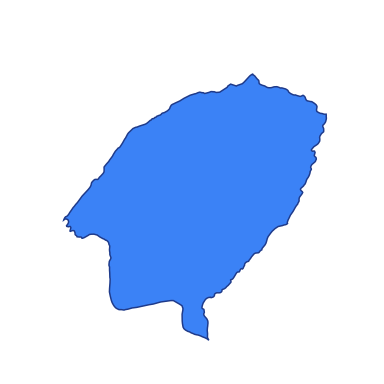 the district of Valle De San Jose, Santander, Colombia, rotated 29°
{"feature_id": "7082276B63653740618542", "entity_name": "Valle De San Jose", "entity_type": "district", "adm_level": 2, "iso_a3": "COL", "parent_name": "Colombia", "parent_adm1": "Santander", "projection": "equal_earth", "projection_center": [-73.106, 6.434], "detail": "fine", "context": "isolated", "style": "filled", "palette": "blue", "viewbox_px": 384, "rotation_deg": 29, "n_neighbors": 0, "source": "geoboundaries", "source_scale": "gbopen_adm2", "svg_char_len": 6021}
<svg xmlns="http://www.w3.org/2000/svg" viewBox="0 0 384 384"><g transform="rotate(29 192 192)"><path d="M271.6,58.9L270.4,59.6L269.5,60.0L268.1,60.2L267.2,60.5L266.4,60.9L264.6,61.1L263.2,61.1L262.1,61.0L261.1,59.9L260.0,56.8L259.1,56.0L258.1,55.5L256.0,55.1L252.9,54.9L251.9,55.4L248.5,56.4L247.2,56.1L246.1,55.3L245.3,54.5L244.5,54.0L243.6,53.7L242.7,53.6L242.2,53.6L241.0,55.3L240.2,56.0L237.2,56.7L235.3,57.0L234.8,57.4L233.5,57.9L230.6,58.1L228.3,57.8L226.8,56.8L226.2,56.6L225.1,56.5L223.9,56.5L220.1,57.4L219.1,58.1L216.2,58.5L215.1,58.8L214.1,59.4L212.7,60.3L211.3,61.8L210.5,62.5L208.8,63.5L207.4,64.0L206.3,64.1L204.5,64.0L203.7,64.1L202.1,64.5L199.7,64.8L198.3,64.6L197.9,64.2L196.5,62.3L195.8,61.9L195.0,61.8L193.3,61.2L190.7,60.1L188.6,59.8L188.2,59.6L188.2,60.0L187.5,60.0L186.6,61.6L186.2,62.8L184.3,70.6L183.5,72.9L180.0,76.8L179.4,77.8L173.5,78.9L172.0,81.9L172.0,83.4L167.8,91.3L164.9,93.2L162.5,93.6L161.9,94.2L160.9,94.4L159.8,95.1L158.8,96.4L157.7,97.5L155.9,99.2L155.3,99.7L153.7,99.7L152.4,100.4L151.7,100.5L150.4,100.9L149.1,102.2L147.6,104.2L146.7,104.9L143.5,108.2L139.6,113.9L137.1,118.4L134.5,121.9L133.2,123.8L132.4,124.8L131.8,126.0L131.7,128.0L132.0,129.9L131.9,130.7L131.2,132.9L130.7,133.7L129.3,136.0L128.0,137.2L127.5,138.0L127.3,139.3L126.8,140.2L125.9,141.1L124.4,143.0L124.3,143.8L124.1,144.2L123.4,144.8L123.1,145.9L122.7,146.5L121.8,147.1L121.5,147.8L121.3,148.9L121.2,149.2L120.8,149.5L119.8,152.3L119.1,154.0L118.3,155.3L114.0,159.9L112.5,161.8L111.3,162.8L109.6,165.1L107.8,171.0L107.6,172.5L107.7,177.1L107.5,178.3L107.5,182.9L107.2,187.3L107.0,188.0L106.6,188.8L106.1,189.4L105.7,191.4L105.2,193.4L105.0,197.2L105.1,199.1L104.4,204.3L104.4,205.6L104.1,206.9L103.6,209.1L103.0,212.6L103.3,213.4L104.0,214.5L105.1,216.6L105.3,217.4L105.3,218.3L105.2,219.1L104.4,222.4L103.9,224.0L103.7,226.0L103.4,226.7L103.1,227.0L102.0,227.4L101.1,228.0L100.7,228.5L100.2,229.9L99.8,231.4L99.7,232.3L99.7,232.8L100.3,234.6L100.5,235.8L100.5,237.5L100.0,240.3L97.9,248.8L96.9,256.8L96.3,259.3L96.0,261.6L95.6,263.2L95.5,264.3L95.3,266.6L95.0,269.2L95.0,270.6L94.8,272.2L94.6,273.2L94.0,274.4L93.5,274.9L93.2,276.1L93.3,278.3L93.4,278.7L94.1,277.1L95.4,276.5L96.3,276.4L97.3,276.6L98.5,277.8L98.8,278.8L98.9,280.2L98.6,282.3L99.1,282.8L100.7,282.4L101.6,281.6L102.2,281.2L102.9,281.5L103.4,282.0L103.8,283.7L104.2,285.3L104.8,285.3L105.5,284.4L106.2,283.7L107.1,283.2L107.9,283.1L109.6,284.5L110.1,285.5L110.7,286.0L112.4,286.3L113.2,286.9L115.3,286.0L116.7,285.2L117.4,285.3L118.2,285.8L118.7,285.5L119.9,284.1L122.1,280.5L122.9,278.9L124.3,277.8L126.7,276.4L130.0,275.6L133.1,276.0L135.1,276.0L136.5,276.0L138.1,275.8L139.7,276.0L140.5,275.8L141.4,275.8L142.7,276.2L143.8,276.9L144.8,278.1L145.9,278.8L146.5,279.6L147.8,282.5L148.6,283.7L149.5,284.8L150.6,286.7L152.9,288.7L153.3,289.7L153.3,292.7L154.4,295.4L155.1,296.6L156.2,297.5L157.8,300.4L159.3,302.7L161.7,306.7L162.6,307.8L164.5,311.6L166.6,316.2L168.2,319.4L171.1,322.8L173.9,325.8L175.7,327.4L177.7,328.7L179.6,329.7L181.4,330.3L182.7,330.4L185.1,330.3L187.3,329.1L189.8,328.2L190.8,327.1L192.7,325.6L195.9,322.4L199.6,319.7L209.1,311.4L212.4,308.8L218.0,303.3L226.3,297.1L228.3,296.0L235.1,296.1L238.3,296.3L240.5,298.2L241.2,299.6L242.6,303.7L246.0,309.6L247.5,311.8L249.7,314.5L251.3,315.5L253.3,315.9L256.1,315.9L257.6,315.5L259.6,315.6L261.5,315.3L263.3,315.2L265.1,314.7L266.8,314.1L269.3,313.7L271.2,313.6L274.0,313.2L276.4,313.1L278.6,313.5L276.5,312.1L275.9,311.5L274.2,308.2L272.5,305.8L271.3,303.2L270.9,302.1L269.5,298.9L268.4,297.2L266.7,295.9L265.8,295.5L263.0,294.5L262.1,293.9L261.6,293.3L261.3,292.8L261.2,291.4L260.8,290.8L259.8,289.5L259.6,289.2L259.2,288.9L257.4,288.9L256.8,288.4L256.2,286.8L255.7,284.5L255.6,283.5L255.8,279.8L256.0,279.0L256.4,278.0L257.0,277.0L257.6,276.3L258.4,275.7L259.2,275.1L259.7,275.1L259.9,275.2L261.1,274.0L261.6,273.3L261.9,271.9L261.6,271.4L261.3,270.5L261.6,269.4L262.5,268.1L263.6,267.6L265.4,266.5L266.2,265.1L266.2,264.4L266.0,263.7L265.7,262.9L266.1,262.2L266.8,261.5L267.5,260.4L268.0,259.2L268.2,257.9L268.9,256.2L269.5,253.4L269.8,252.3L269.6,251.6L269.1,250.9L268.8,250.8L268.4,250.2L268.7,249.6L269.4,249.0L269.8,248.0L270.0,246.2L270.1,243.0L270.1,242.0L270.2,241.0L270.4,240.4L270.8,239.8L271.7,239.2L272.1,238.8L272.1,238.3L272.0,237.8L271.9,236.2L272.3,235.1L273.4,234.9L273.7,234.1L273.5,232.3L273.5,230.6L273.3,230.3L273.0,229.5L273.0,228.5L273.2,227.8L273.4,227.2L273.9,226.3L274.8,225.5L275.1,225.0L275.0,224.2L275.4,221.8L275.5,219.8L276.3,216.0L276.7,215.3L277.1,214.7L279.6,212.9L279.9,212.4L280.1,210.7L280.7,209.3L281.1,208.7L280.9,208.3L280.7,207.4L280.8,206.6L281.5,202.9L281.5,201.0L281.2,199.4L280.4,196.2L280.2,194.1L280.8,189.4L281.2,187.2L281.6,186.1L282.3,183.9L284.1,180.4L286.0,178.7L287.2,177.7L288.6,176.1L289.4,175.5L290.4,174.4L290.8,173.2L290.4,172.9L290.0,172.2L289.6,169.8L289.6,168.9L289.3,164.4L289.5,162.9L289.8,159.8L289.8,155.6L289.9,153.6L290.3,151.3L290.1,150.6L290.1,148.6L290.0,147.9L289.1,146.4L288.7,145.2L288.6,144.1L289.1,140.6L289.1,139.4L289.1,138.8L288.7,138.5L288.2,138.2L287.0,138.0L286.0,137.5L285.5,137.0L285.4,136.4L285.5,135.9L286.6,132.7L286.7,131.3L287.0,130.3L286.9,128.9L286.7,127.6L286.5,126.8L286.3,125.6L286.3,124.8L286.5,122.9L286.5,121.4L286.4,120.4L286.1,118.7L285.7,117.4L285.5,117.2L285.4,116.4L285.4,114.4L285.2,114.0L284.6,113.5L283.9,113.0L283.6,112.3L283.5,111.5L283.5,109.9L284.8,106.5L285.1,105.4L284.9,104.7L284.9,103.8L284.8,103.0L284.6,102.7L283.7,101.7L283.0,101.5L282.5,101.5L281.7,101.2L281.2,100.7L280.5,97.8L279.4,96.9L278.9,96.9L277.7,97.9L277.0,97.9L276.0,97.4L276.0,96.9L276.2,95.3L276.4,94.5L276.6,93.4L277.4,91.8L278.1,90.5L278.4,89.8L278.7,89.1L278.9,88.2L279.0,86.6L279.0,85.5L278.6,84.7L278.1,83.7L277.2,82.5L276.8,81.2L276.9,78.5L277.1,77.7L277.9,75.6L277.7,74.9L276.7,73.2L276.3,72.6L275.2,71.8L274.5,71.2L274.1,70.2L274.5,68.9L274.7,67.9L274.8,66.6L274.8,65.8L274.1,63.1L273.7,62.2L272.9,61.1L272.2,59.8L271.6,58.9Z" fill="#3b82f6" stroke="#1e3a8a" stroke-width="1.5"/></g></svg>